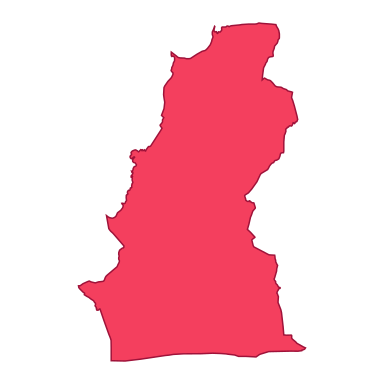 Tanh Linh, Bình Thuận, Vietnam
{"feature_id": "81297802B72040378952039", "entity_name": "Tanh Linh", "entity_type": "district", "adm_level": 2, "iso_a3": "VNM", "parent_name": "Vietnam", "parent_adm1": "Bình Thuận", "projection": "natural_earth1", "projection_center": [107.7, 11.14], "detail": "fine", "context": "isolated", "style": "filled", "palette": "rose", "viewbox_px": 384, "rotation_deg": 0, "n_neighbors": 0, "source": "geoboundaries", "source_scale": "gbopen_adm2", "svg_char_len": 5952}
<svg xmlns="http://www.w3.org/2000/svg" viewBox="0 0 384 384"><path d="M258.9,23.0L256.6,23.9L254.7,24.1L248.5,24.1L241.9,24.5L239.8,24.9L231.5,25.7L230.4,26.0L229.1,26.7L228.3,26.2L227.6,26.0L226.7,26.2L226.1,26.8L225.5,27.0L222.4,27.0L221.9,27.2L221.6,27.8L221.7,30.0L221.5,30.5L220.0,32.1L218.6,31.8L218.2,32.2L217.8,33.3L217.5,33.5L217.2,33.4L217.0,33.1L216.4,31.7L215.9,31.6L215.4,31.9L214.9,31.9L214.4,31.4L214.2,31.0L214.0,30.3L214.1,29.4L214.8,26.5L214.6,26.3L213.5,29.4L212.3,32.0L212.3,34.5L213.0,36.7L212.9,37.4L212.0,39.6L211.6,41.6L210.2,44.9L207.4,48.5L205.7,50.1L205.1,50.5L202.1,51.3L200.9,52.0L197.0,54.2L190.6,58.4L189.1,58.7L186.4,58.7L184.4,58.1L180.1,57.9L178.6,57.6L177.7,57.2L176.5,56.1L171.3,52.1L171.2,54.1L171.4,55.9L171.9,56.5L172.8,56.1L173.6,56.4L174.1,56.8L174.4,57.2L174.6,58.0L174.6,60.0L174.4,61.2L173.8,62.1L173.4,62.9L172.9,65.4L171.8,67.5L171.6,69.3L171.1,70.2L171.1,70.5L171.5,71.3L173.0,73.0L172.9,74.5L171.8,76.9L170.8,78.3L167.9,81.4L164.8,85.9L164.0,87.6L163.6,94.7L164.1,98.4L164.7,102.0L164.7,102.7L164.0,108.7L161.5,115.4L163.8,117.7L162.5,119.8L162.5,121.7L162.3,122.4L160.1,125.1L160.2,125.7L162.0,128.2L160.7,130.5L150.8,145.8L150.3,146.3L149.9,146.5L148.8,146.5L148.2,146.9L146.0,150.0L145.6,151.0L145.4,151.0L145.1,150.8L144.5,149.9L143.8,150.6L142.3,149.7L141.9,149.9L141.8,150.4L141.3,149.8L140.8,149.6L139.4,151.1L138.8,151.7L138.4,151.8L137.6,151.0L136.1,150.1L135.5,149.9L134.4,150.1L132.3,151.0L131.3,152.1L131.0,152.8L131.5,153.9L131.5,154.5L130.4,155.8L130.1,156.3L130.2,157.6L131.0,158.6L131.7,158.8L133.7,157.0L134.3,156.9L134.5,157.0L134.6,157.3L133.3,158.7L132.9,159.4L132.6,160.4L132.7,161.4L133.5,162.4L135.2,162.9L136.0,164.2L136.4,164.6L136.3,165.4L136.0,165.9L135.6,166.2L134.2,166.7L133.4,168.0L133.1,168.8L133.2,169.2L133.1,169.6L132.2,171.1L132.6,172.0L132.3,172.0L131.7,171.6L131.9,172.3L132.7,173.1L132.8,173.6L132.1,174.9L132.0,175.7L131.5,175.4L131.3,175.6L131.1,176.6L131.1,177.1L131.4,177.3L132.1,176.4L132.3,176.3L132.5,176.5L132.1,177.4L132.3,178.4L132.1,179.8L132.2,180.5L132.7,181.8L132.8,182.7L132.0,183.9L132.0,184.7L131.7,185.0L131.7,187.5L131.4,187.8L130.5,187.9L130.3,188.2L130.1,189.5L129.6,190.3L129.3,190.5L128.5,190.3L127.6,191.4L127.4,192.9L127.5,193.2L127.8,193.5L127.8,194.0L127.5,194.5L126.6,194.9L126.3,195.3L126.2,197.8L126.5,200.6L125.6,201.7L125.2,203.0L124.7,203.4L124.3,203.6L122.4,203.2L121.8,203.3L122.2,204.2L122.9,204.9L123.2,205.6L123.1,206.4L122.6,207.9L120.8,210.3L118.0,212.4L117.4,213.0L116.4,215.4L115.8,216.4L115.3,216.9L114.0,217.7L112.6,218.2L112.0,218.2L109.7,217.7L108.3,217.0L106.5,215.6L108.8,228.6L109.4,229.6L110.8,231.3L112.8,233.1L114.4,234.9L123.9,245.9L123.8,247.4L123.5,247.8L122.3,248.1L119.8,250.0L119.5,250.5L118.8,252.4L118.7,254.2L119.0,255.4L119.1,256.3L118.7,257.8L118.7,258.5L118.8,259.4L119.3,260.4L119.4,261.0L119.2,262.2L117.8,265.0L117.3,266.3L116.9,266.9L107.2,275.1L106.0,276.3L105.3,277.5L104.3,280.2L103.6,281.1L102.7,281.4L98.4,281.9L95.3,282.9L91.4,282.0L90.4,281.6L89.5,281.1L89.0,281.1L87.4,281.7L83.0,283.7L80.2,285.7L78.5,285.8L78.8,287.6L79.9,289.0L83.0,292.1L84.5,293.1L84.6,293.4L84.3,294.7L86.8,296.3L88.9,297.4L91.0,299.1L93.1,300.4L93.7,300.9L94.7,302.6L95.4,303.1L95.6,304.3L95.1,305.5L95.1,305.9L96.3,307.5L96.3,308.3L96.7,308.7L96.5,309.4L96.7,310.0L97.3,310.2L98.3,310.1L99.5,309.0L100.0,309.0L103.9,320.4L108.8,334.1L110.3,337.8L111.0,340.0L111.1,340.9L111.2,347.6L111.2,360.7L125.1,361.0L141.0,359.1L165.2,355.5L169.1,355.1L173.3,354.4L183.5,353.8L201.0,353.7L212.6,353.2L220.8,353.5L226.2,353.9L227.9,354.2L234.7,355.0L238.6,356.4L246.1,356.4L255.6,356.9L256.1,356.9L259.2,354.7L260.2,354.2L268.7,351.6L290.9,351.1L297.9,351.2L301.7,350.7L301.7,350.3L302.7,350.0L304.6,349.2L305.5,347.9L303.3,346.9L296.9,343.3L295.7,341.9L292.6,339.3L291.9,338.5L291.7,338.0L291.7,335.6L291.5,335.2L291.1,335.1L286.4,335.2L283.8,334.9L283.1,326.7L281.5,312.6L280.8,309.6L278.0,302.4L278.4,296.9L278.3,296.2L277.7,295.2L277.6,294.2L276.9,293.3L276.9,292.9L277.5,291.1L278.1,290.3L278.5,289.2L278.8,288.9L280.0,288.4L280.2,287.9L279.9,287.5L279.0,287.3L278.4,286.9L277.3,284.9L276.0,283.6L275.7,283.0L275.6,281.4L274.6,280.3L274.2,279.4L274.2,278.6L274.5,278.2L274.7,277.6L276.6,271.0L276.7,268.9L277.6,265.3L276.8,264.3L276.6,263.5L275.8,262.1L275.6,260.0L275.1,258.7L274.9,256.3L274.7,255.2L269.6,254.9L268.7,254.7L253.9,246.9L253.2,245.7L251.8,240.0L252.4,239.3L254.9,237.4L254.9,237.1L250.6,232.4L247.4,229.4L248.9,224.2L250.5,217.2L251.4,215.2L252.6,211.6L253.1,210.7L255.2,208.3L255.3,207.6L253.9,203.0L253.4,202.8L252.2,202.8L251.0,201.9L250.1,201.7L249.9,201.6L249.8,200.8L249.7,200.8L249.3,200.8L248.4,201.4L247.9,201.5L247.3,201.3L245.8,200.3L245.7,199.2L244.7,196.1L244.7,195.5L245.5,194.7L248.4,192.9L251.7,189.1L256.9,181.8L260.3,174.5L260.8,173.9L261.3,173.4L267.6,169.6L268.5,168.1L269.6,165.9L271.1,164.0L272.3,163.0L273.6,162.6L274.5,161.0L275.1,160.5L276.8,160.1L278.8,158.9L279.2,158.0L279.9,156.2L280.4,154.0L280.9,153.2L282.1,152.7L283.0,152.8L283.5,152.7L283.8,151.1L283.8,142.0L284.1,138.3L284.4,135.1L285.1,133.8L285.9,131.3L285.7,129.2L286.9,128.2L287.4,127.3L288.1,127.2L288.4,127.1L289.4,125.9L289.9,125.8L291.6,126.0L292.3,125.1L293.2,122.7L293.5,122.8L294.1,123.4L294.6,123.6L294.9,123.3L295.1,122.5L295.4,122.1L296.5,121.8L297.0,121.3L297.4,120.0L297.7,119.6L297.0,116.1L294.4,106.1L292.7,100.5L291.6,97.8L291.7,96.6L292.5,92.3L291.6,91.9L287.8,90.9L286.4,89.6L283.2,88.5L281.5,87.4L280.8,87.2L277.3,86.9L275.9,86.4L275.0,85.8L272.7,82.9L270.6,80.8L269.7,80.3L267.5,79.8L264.6,78.1L264.1,78.3L262.2,79.9L262.6,75.2L263.6,67.8L265.4,64.3L265.7,63.2L267.0,61.5L267.7,58.9L268.4,57.8L269.1,57.2L270.0,56.9L272.7,56.5L273.2,56.1L273.2,55.1L272.9,53.0L273.1,51.3L274.2,48.4L274.6,46.1L277.2,43.1L277.8,41.5L278.1,39.9L279.3,38.4L279.4,37.3L279.4,33.9L278.8,30.7L278.1,29.0L276.5,26.3L275.9,24.6L271.4,24.1L261.8,23.4L258.9,23.0Z" fill="#f43f5e" stroke="#9f1239" stroke-width="1.5"/></svg>